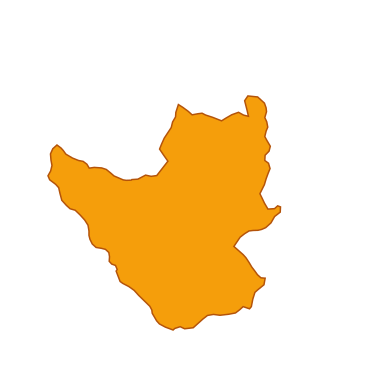 outline of Andong-si, North Gyeongsang, South Korea, rotated 138°
{"feature_id": "91817680B16014600177045", "entity_name": "Andong-si", "entity_type": "district", "adm_level": 2, "iso_a3": "KOR", "parent_name": "South Korea", "parent_adm1": "North Gyeongsang", "projection": "robinson", "projection_center": [128.764, 36.55], "detail": "fine", "context": "isolated", "style": "filled", "palette": "amber", "viewbox_px": 384, "rotation_deg": 138, "n_neighbors": 0, "source": "geoboundaries", "source_scale": "gbopen_adm2", "svg_char_len": 2032}
<svg xmlns="http://www.w3.org/2000/svg" viewBox="0 0 384 384"><g transform="rotate(138 192 192)"><path d="M139.9,118.0L136.2,121.7L137.6,124.4L139.9,124.4L141.8,124.4L147.0,128.5L145.6,135.3L144.1,140.3L142.7,145.3L133.3,149.0L128.1,152.2L123.0,154.9L118.3,157.2L115.9,162.2L116.8,166.7L113.1,170.4L107.4,170.8L103.2,173.6L101.8,180.4L100.8,184.5L96.1,187.7L92.3,189.5L89.5,194.1L88.1,198.6L82.9,201.8L80.6,205.0L78.7,209.6L79.6,218.7L86.2,226.0L91.8,224.6L96.6,215.5L99.4,210.5L102.2,214.6L104.1,220.1L110.7,222.8L117.3,224.2L122.4,225.1L126.7,233.7L130.4,240.1L131.8,243.8L135.1,246.1L140.3,249.3L140.8,254.3L142.2,261.1L143.6,266.1L150.7,262.0L154.0,258.8L159.6,257.0L164.3,253.8L176.6,250.6L182.7,247.9L187.4,245.6L188.3,239.2L189.3,231.0L207.2,227.8L211.9,231.0L215.2,235.6L223.7,237.8L228.4,241.5L229.3,241.5L233.1,244.7L235.0,247.0L239.2,256.1L239.7,260.2L240.6,266.1L243.0,270.3L248.2,275.7L252.4,278.5L251.5,283.0L252.4,287.6L255.2,291.3L258.1,297.2L260.4,304.5L259.9,309.1L259.9,312.3L260.9,317.3L266.5,317.3L271.7,315.0L275.5,310.0L278.3,305.4L283.0,302.2L288.2,300.4L289.6,296.3L288.2,289.0L288.2,284.4L291.0,279.4L294.3,273.0L294.3,266.1L293.8,261.1L291.0,256.6L290.5,249.7L290.5,242.9L291.5,236.9L294.7,231.9L297.6,228.7L299.5,225.1L300.9,220.1L300.4,215.0L297.1,210.9L294.7,207.3L294.3,202.7L296.6,199.1L299.9,195.9L299.9,192.2L298.0,188.6L299.4,184.5L301.3,184.0L305.3,173.6L304.6,170.4L302.2,164.0L300.8,157.6L300.8,150.8L299.8,135.3L300.8,131.2L302.7,128.5L304.5,119.9L304.5,115.8L302.2,109.4L298.4,102.1L296.1,102.1L290.9,99.8L289.0,95.3L281.9,90.3L275.8,90.3L268.8,90.3L263.1,89.9L258.0,86.7L253.7,81.7L246.7,76.7L240.6,73.0L235.4,72.6L230.7,72.6L227.4,66.7L224.6,67.1L218.5,71.7L212.4,75.3L208.6,75.3L200.6,74.9L195.3,79.0L198.2,82.1L198.7,86.7L198.2,91.2L197.8,96.2L196.8,101.2L195.9,107.1L195.9,111.2L197.3,123.5L190.2,125.3L186.5,126.2L180.8,125.8L175.7,124.9L172.4,122.6L168.6,119.4L165.3,117.6L161.1,116.2L154.0,116.2L147.0,118.5L139.9,118.0Z" fill="#f59e0b" stroke="#b45309" stroke-width="1.5"/></g></svg>